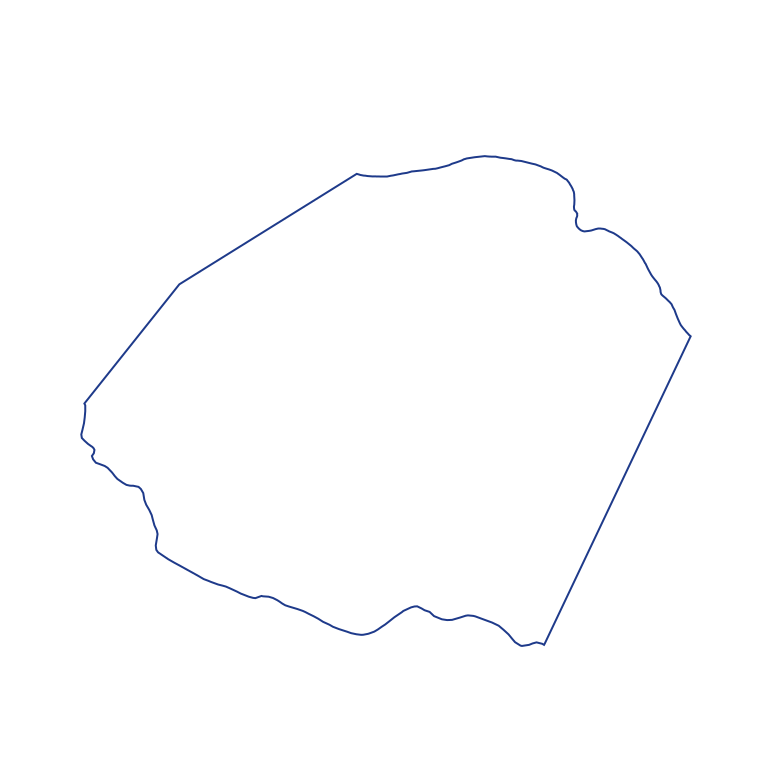 Gayabois, Choiseul, Saint Lucia, rotated 104°
{"feature_id": "8701671B55791110195050", "entity_name": "Gayabois", "entity_type": "district", "adm_level": 2, "iso_a3": "LCA", "parent_name": "Saint Lucia", "parent_adm1": "Choiseul", "projection": "robinson", "projection_center": [-61.02, 13.786], "detail": "fine", "context": "isolated", "style": "outline", "palette": "blue", "viewbox_px": 768, "rotation_deg": 104, "n_neighbors": 0, "source": "geoboundaries", "source_scale": "gbopen_adm2", "svg_char_len": 4315}
<svg xmlns="http://www.w3.org/2000/svg" viewBox="0 0 768 768"><g transform="rotate(104 384 384)"><path d="M186.7,461.3L336.8,606.7L475.4,670.0L477.0,668.7L482.6,667.3L488.8,666.3L494.7,665.6L501.2,665.5L502.6,665.5L506.2,665.5L509.5,664.1L511.5,660.9L513.7,656.8L515.0,653.5L515.6,651.8L516.6,650.2L518.0,649.0L521.4,648.8L524.5,650.0L527.5,648.0L530.1,644.5L530.5,640.4L531.1,635.2L532.2,631.9L535.7,626.4L538.5,622.9L540.6,619.8L543.0,613.6L544.2,609.5L544.1,605.8L543.4,602.8L543.2,597.3L544.7,594.5L548.1,591.2L554.4,588.5L558.7,585.5L563.0,581.3L567.4,577.7L571.5,575.5L576.8,572.5L581.0,569.1L584.4,567.4L588.5,567.0L595.9,566.4L600.0,564.8L602.0,562.5L604.3,556.2L606.2,551.0L608.1,544.3L609.9,537.3L612.0,529.5L613.5,523.8L615.1,517.9L616.9,511.8L617.5,506.6L617.9,504.0L618.7,496.4L618.7,491.8L618.8,488.5L619.5,484.3L621.0,476.5L622.0,472.3L622.4,469.1L623.1,463.8L623.2,459.3L622.9,457.0L619.3,451.6L619.3,450.2L618.3,444.5L618.5,439.9L619.6,435.2L620.5,432.5L621.6,429.7L622.6,426.3L622.9,422.5L623.3,413.6L623.8,408.0L624.3,405.2L625.2,401.5L626.4,395.9L627.7,390.9L629.5,385.6L630.8,378.6L631.9,374.9L632.7,368.5L633.3,359.6L633.7,355.6L633.5,350.2L632.9,345.4L632.3,343.4L630.3,339.1L629.9,338.4L626.6,333.5L623.6,330.5L620.0,327.4L617.1,324.7L613.4,321.8L607.8,317.5L601.1,311.5L599.5,310.3L594.2,303.7L592.5,300.6L591.7,298.0L592.7,293.2L593.7,289.9L594.1,284.6L597.1,279.3L598.3,270.9L597.8,265.6L596.4,260.9L592.2,253.7L589.1,248.7L588.2,246.6L587.4,241.3L587.4,239.2L588.7,227.2L589.3,221.5L590.8,214.2L593.6,208.5L596.8,202.6L600.3,197.9L602.8,194.4L604.8,188.3L604.8,186.8L602.0,180.1L599.8,177.1L597.8,173.5L597.8,167.6L598.4,165.6L596.9,165.2L263.5,98.0L263.1,98.8L262.6,99.8L261.5,101.4L260.8,102.5L260.1,103.6L259.1,104.8L258.0,106.5L257.6,107.0L257.1,107.7L255.5,109.7L254.9,110.4L252.9,112.1L251.6,113.1L250.6,113.9L249.6,114.7L246.8,116.7L245.4,117.7L244.2,118.5L242.4,119.7L241.8,120.1L240.2,121.7L239.2,122.6L238.8,122.9L237.0,124.3L235.9,125.9L235.5,126.4L234.7,127.9L233.8,129.4L233.5,129.9L232.6,131.4L230.8,135.1L229.9,136.6L228.2,137.7L226.9,138.2L226.4,138.3L225.8,138.6L224.4,139.3L223.6,139.7L222.5,140.7L221.5,141.4L221.1,141.8L220.2,142.6L219.9,143.0L219.3,143.6L218.7,144.4L218.2,145.0L217.3,146.3L215.7,148.4L214.5,149.9L213.2,151.3L209.0,155.2L207.6,156.4L205.6,158.0L203.9,159.4L203.6,159.9L200.3,162.9L199.0,164.4L198.6,164.8L196.1,167.5L194.7,169.5L194.4,169.8L194.1,170.3L193.7,171.0L192.9,172.6L192.3,173.9L191.2,175.9L190.7,176.7L190.3,177.4L187.7,183.0L186.6,185.7L186.1,187.0L185.5,188.5L185.2,189.1L184.4,191.2L183.9,192.3L183.2,194.3L183.0,194.8L182.7,195.8L182.2,197.3L181.9,198.8L181.6,201.1L181.4,202.6L181.1,203.7L180.9,204.8L180.7,205.7L180.4,206.9L180.4,208.0L180.4,208.7L180.6,209.8L180.8,211.5L181.2,213.2L181.3,213.7L182.5,216.1L184.9,220.0L185.8,222.0L187.0,225.2L187.4,226.2L187.5,226.7L187.5,228.4L187.3,229.4L187.2,230.1L186.7,231.3L186.1,232.5L184.8,234.4L184.3,235.0L183.9,235.3L182.3,236.2L181.5,236.5L180.9,236.8L178.8,237.4L176.6,237.5L174.8,237.2L173.6,237.3L172.9,237.6L172.0,237.7L170.4,239.3L170.1,239.7L169.4,241.1L169.0,241.3L168.7,241.6L167.5,242.1L166.0,242.6L163.8,242.8L159.9,243.6L159.5,243.7L155.6,244.9L154.6,245.2L154.1,245.3L153.3,245.6L152.6,245.9L151.5,246.4L149.9,247.7L149.0,248.2L148.5,248.7L147.9,249.2L146.5,250.5L145.5,251.6L143.9,253.1L142.0,255.6L141.6,256.0L141.4,256.6L141.2,257.7L141.0,258.6L140.7,259.2L140.5,259.8L139.6,261.9L138.5,264.4L137.8,266.2L137.4,267.1L136.3,272.3L136.2,272.8L135.9,275.7L135.8,277.7L135.6,281.0L135.4,282.4L134.9,284.5L134.5,288.4L134.4,289.0L134.3,290.5L134.4,293.9L134.4,297.4L134.4,304.7L134.9,308.3L135.2,309.6L135.3,310.2L135.3,311.8L135.0,314.6L135.3,316.9L135.6,320.3L135.8,322.1L136.0,323.8L136.2,325.2L136.3,326.4L136.4,330.5L136.9,332.5L137.7,336.1L138.2,339.0L138.5,341.3L142.0,350.8L145.1,358.2L146.3,360.2L146.6,360.8L148.3,362.7L150.4,365.8L151.7,367.8L153.9,371.4L155.9,373.7L158.0,377.4L158.2,377.8L160.4,381.9L161.7,384.2L162.8,386.4L163.4,388.5L163.7,389.1L166.8,396.7L167.6,398.8L170.6,407.1L171.0,408.4L173.4,412.5L173.7,413.1L175.4,417.3L176.5,419.5L177.0,420.7L179.4,425.6L180.3,427.8L181.9,431.1L183.3,436.6L185.0,444.0L185.3,445.0L186.2,450.2L186.4,452.5L186.7,454.2L186.9,457.5L186.8,458.5L186.7,461.3Z" fill="none" stroke="#1e3a8a" stroke-width="2"/></g></svg>